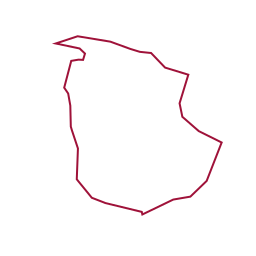 Gwanak-gu, Seoul, South Korea, rotated 17°
{"feature_id": "91817680B99536699865294", "entity_name": "Gwanak-gu", "entity_type": "district", "adm_level": 2, "iso_a3": "KOR", "parent_name": "South Korea", "parent_adm1": "Seoul", "projection": "mercator", "projection_center": [126.943, 37.456], "detail": "fine", "context": "isolated", "style": "outline", "palette": "rose", "viewbox_px": 256, "rotation_deg": 17, "n_neighbors": 0, "source": "geoboundaries", "source_scale": "gbopen_adm2", "svg_char_len": 586}
<svg xmlns="http://www.w3.org/2000/svg" viewBox="0 0 256 256"><g transform="rotate(17 128 128)"><path d="M218.7,155.6L221.8,114.5L196.6,110.3L176.7,101.4L170.1,89.3L170.1,59.4L169.0,59.4L145.8,59.4L128.1,49.5L127.3,49.7L117.1,51.7L116.0,51.7L107.1,51.7L86.1,50.6L85.8,50.6L53.0,55.0L34.2,68.3L58.5,66.1L65.1,69.4L65.1,76.0L60.7,77.1L54.1,80.4L55.2,108.1L60.7,112.5L66.3,123.5L72.9,143.4L75.1,146.7L86.1,162.2L94.0,192.0L97.2,194.2L113.8,205.3L127.6,206.3L128.1,206.4L165.7,204.2L167.0,206.5L192.2,183.2L207.7,175.4L218.7,155.6Z" fill="none" stroke="#9f1239" stroke-width="2"/></g></svg>